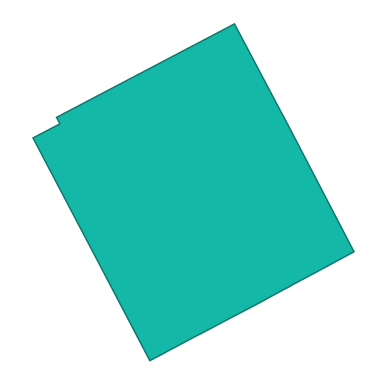 Crawford, Kansas, United States of America, rotated 62°
{"feature_id": "52423323B52465709163567", "entity_name": "Crawford", "entity_type": "district", "adm_level": 2, "iso_a3": "USA", "parent_name": "United States of America", "parent_adm1": "Kansas", "projection": "albers", "projection_center": [-94.703, 37.507], "detail": "fine", "context": "isolated", "style": "filled", "palette": "teal", "viewbox_px": 384, "rotation_deg": 62, "n_neighbors": 0, "source": "geoboundaries", "source_scale": "gbopen_adm2", "svg_char_len": 555}
<svg xmlns="http://www.w3.org/2000/svg" viewBox="0 0 384 384"><g transform="rotate(62 192 192)"><path d="M62.5,276.6L69.8,276.6L69.6,307.0L209.4,307.7L321.1,308.4L321.2,290.6L321.1,288.3L321.1,288.2L321.1,268.3L321.1,258.3L321.3,248.2L321.3,238.3L321.3,227.9L321.3,224.1L321.3,220.7L321.3,217.7L321.4,207.9L321.5,181.8L321.4,177.5L321.2,159.7L321.2,157.0L321.3,150.3L321.1,147.2L321.1,120.9L321.1,120.3L321.0,101.8L320.9,90.5L320.9,90.4L320.8,77.0L173.3,75.7L162.9,75.8L63.5,75.6L62.5,276.6Z" fill="#14b8a6" stroke="#0f766e" stroke-width="1.5"/></g></svg>